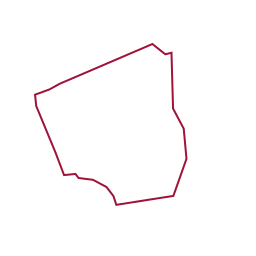 the district of Candler, Georgia, United States of America, rotated 144°
{"feature_id": "52423323B29086368153286", "entity_name": "Candler", "entity_type": "district", "adm_level": 2, "iso_a3": "USA", "parent_name": "United States of America", "parent_adm1": "Georgia", "projection": "mercator", "projection_center": [-82.052, 32.414], "detail": "fine", "context": "isolated", "style": "outline", "palette": "rose", "viewbox_px": 256, "rotation_deg": 144, "n_neighbors": 0, "source": "geoboundaries", "source_scale": "gbopen_adm2", "svg_char_len": 415}
<svg xmlns="http://www.w3.org/2000/svg" viewBox="0 0 256 256"><g transform="rotate(144 128 128)"><path d="M154.6,58.4L131.2,46.4L98.8,68.7L83.3,94.7L82.2,102.5L80.1,117.3L48.6,163.3L54.5,165.7L58.9,181.6L157.0,203.9L169.0,205.4L183.6,209.6L189.3,199.8L201.1,150.7L207.4,127.5L197.5,121.7L197.4,116.6L186.8,106.7L180.1,92.9L179.8,81.4L182.6,72.7L154.6,58.4Z" fill="none" stroke="#9f1239" stroke-width="2"/></g></svg>